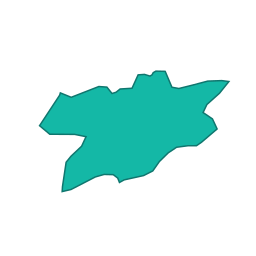 SVG path tracing the border of Bar, rotated 116°
{"feature_id": "MNE-1496", "entity_name": "Bar", "entity_type": "Municipality", "adm_level": 1, "iso_a3": "MNE", "parent_name": "Montenegro", "parent_adm1": "", "projection": "mercator", "projection_center": [19.125, 42.167], "detail": "fine", "context": "isolated", "style": "filled", "palette": "teal", "viewbox_px": 256, "rotation_deg": 116, "n_neighbors": 0, "source": "natural_earth", "source_scale": "10m", "svg_char_len": 768}
<svg xmlns="http://www.w3.org/2000/svg" viewBox="0 0 256 256"><g transform="rotate(116 128 128)"><path d="M180.7,111.8L177.5,115.3L176.4,120.8L180.2,129.1L186.3,135.9L208.3,152.3L214.0,159.3L209.4,161.2L185.9,168.6L178.5,166.9L164.7,161.7L154.2,161.9L157.1,173.1L167.9,195.6L164.7,208.5L128.4,203.8L126.1,204.2L125.3,192.5L103.5,172.4L100.5,164.9L104.0,157.5L101.1,154.4L96.4,152.2L90.5,141.8L75.8,142.2L72.6,136.7L71.7,131.0L69.7,129.7L67.2,129.6L64.7,127.9L60.8,119.5L60.8,119.4L72.1,106.4L70.2,99.6L61.5,89.2L50.9,76.9L44.3,64.5L42.0,57.7L56.6,61.0L72.3,67.4L81.2,67.3L82.8,56.1L89.8,47.5L108.6,55.7L113.9,58.7L117.7,66.4L124.0,75.9L132.6,80.9L144.4,85.1L155.7,86.9L163.9,93.1L176.3,108.7L180.7,111.8Z" fill="#14b8a6" stroke="#0f766e" stroke-width="1.5"/></g></svg>